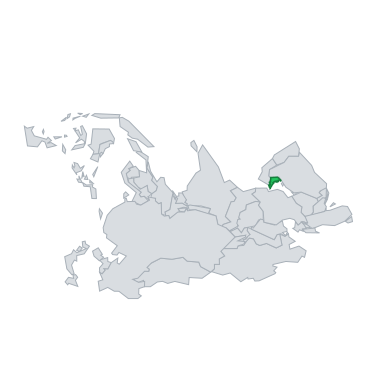 United Arab Emirates on a map of Asia (Robinson projection), rotated 169°
{"feature_id": "ARE", "entity_name": "United Arab Emirates", "entity_type": "country or territory", "adm_level": 0, "iso_a3": "ARE", "parent_name": "Asia", "parent_adm1": "", "projection": "robinson", "projection_center": [54.388, 24.345], "detail": "fine", "context": "in_parent", "style": "filled", "palette": "green", "viewbox_px": 384, "rotation_deg": 169, "n_neighbors": 45, "source": "natural_earth", "source_scale": "50m", "svg_char_len": 14617}
<svg xmlns="http://www.w3.org/2000/svg" viewBox="0 0 384 384"><g transform="rotate(169 192 192)"><path d="M188.0,110.1L184.6,112.4L183.8,116.7L178.9,115.7L178.0,121.1L172.2,123.0L175.0,128.2L173.8,130.8L158.6,127.9L157.1,130.3L151.4,129.7L145.5,135.9L140.6,134.3L138.8,128.8L135.7,126.6L128.7,127.3L120.0,121.0L113.8,122.7L113.9,133.9L109.2,130.8L105.3,132.5L105.4,129.4L100.1,123.9L106.7,121.9L106.8,117.2L97.3,118.5L91.2,112.5L94.0,106.4L96.3,108.1L101.6,102.8L113.1,105.9L126.3,105.4L126.8,104.0L122.9,102.0L126.8,99.0L125.1,97.0L126.1,96.0L143.1,92.0L147.3,92.6L148.3,95.6L153.6,95.9L153.6,97.5L161.2,94.6L170.0,105.2L177.7,104.6L188.0,110.1Z" fill="#d9dde1" stroke="#a8b0b8" stroke-width="1"/><path d="M113.9,133.9L113.8,122.7L120.0,121.0L128.7,127.3L135.7,126.6L138.8,128.8L140.6,134.3L144.5,135.9L150.9,131.0L149.7,133.3L156.4,135.3L153.4,137.4L150.5,137.2L150.5,135.0L147.2,135.7L145.4,139.3L143.3,139.2L145.3,143.5L144.0,146.6L120.4,129.5L116.7,133.9L113.9,133.9Z" fill="#d9dde1" stroke="#a8b0b8" stroke-width="1"/><path d="M344.7,268.6L344.0,288.6L341.7,286.1L334.9,286.4L337.9,283.1L336.1,277.2L324.7,271.5L322.9,273.2L320.2,269.3L324.9,267.4L320.9,267.4L316.4,263.5L325.8,263.0L326.8,269.1L329.6,270.9L335.1,265.8L344.7,268.6ZM300.6,287.9L299.0,291.7L296.4,292.0L297.9,289.1L300.6,287.9ZM325.9,281.8L325.7,279.5L326.9,277.3L327.4,279.7L325.9,281.8ZM282.0,247.9L280.5,250.7L285.1,257.8L281.9,258.2L277.3,272.9L261.3,269.6L257.9,259.3L259.8,254.5L262.2,258.2L271.1,256.9L273.3,256.2L276.5,247.4L282.0,247.9ZM309.1,271.0L316.1,270.1L317.1,272.5L309.1,271.0ZM306.3,272.2L304.5,271.7L304.0,270.4L306.7,270.2L306.3,272.2ZM309.3,253.9L311.4,257.1L309.8,263.4L307.9,257.5L309.3,253.9ZM290.2,256.6L302.0,256.3L297.9,259.9L288.4,259.9L288.0,262.2L290.4,264.9L296.9,262.5L291.9,266.5L296.2,277.0L293.7,276.8L295.0,274.3L291.7,274.7L290.4,268.7L288.6,269.6L288.8,277.6L287.0,278.0L284.4,269.2L287.4,260.1L290.2,256.6ZM289.2,291.2L284.4,289.9L286.9,289.3L289.2,291.2ZM287.0,287.7L292.7,286.6L295.2,285.5L294.7,287.2L287.0,287.7ZM281.6,285.5L284.9,287.3L278.4,288.3L281.6,285.5ZM249.8,278.7L267.5,281.9L275.7,286.3L272.5,287.5L247.9,281.6L249.8,278.7ZM243.0,262.8L250.1,270.0L249.2,278.6L246.2,278.6L240.5,273.6L220.7,243.8L226.7,244.5L235.3,254.2L240.4,256.3L244.1,260.3L243.0,262.8Z" fill="#d9dde1" stroke="#a8b0b8" stroke-width="1"/><path d="M300.9,289.4L303.3,286.5L307.1,286.4L300.9,289.4Z" fill="#d9dde1" stroke="#a8b0b8" stroke-width="1"/><path d="M62.2,158.5L59.8,162.8L59.3,170.1L57.9,164.8L60.4,159.1L62.2,158.5Z" fill="#d9dde1" stroke="#a8b0b8" stroke-width="1"/><path d="M64.4,155.6L60.4,159.0L64.1,154.4L64.4,155.6Z" fill="#d9dde1" stroke="#a8b0b8" stroke-width="1"/><path d="M61.4,161.2L59.6,164.4L60.5,160.8L61.4,161.2Z" fill="#d9dde1" stroke="#a8b0b8" stroke-width="1"/><path d="M61.4,161.2L69.9,158.2L70.8,161.9L65.0,163.9L67.4,167.0L62.2,171.0L59.3,170.1L61.4,161.2Z" fill="#d9dde1" stroke="#a8b0b8" stroke-width="1"/><path d="M100.6,184.6L100.4,182.4L101.8,180.5L102.7,183.2L100.6,184.6Z" fill="#d9dde1" stroke="#a8b0b8" stroke-width="1"/><path d="M91.6,168.3L94.4,173.0L89.6,171.3L91.6,168.3Z" fill="#d9dde1" stroke="#a8b0b8" stroke-width="1"/><path d="M70.8,161.9L69.9,158.2L75.7,155.0L76.7,149.0L80.7,145.9L85.7,146.5L88.8,151.1L87.0,156.4L91.8,161.0L94.9,168.8L84.8,171.1L70.8,161.9Z" fill="#d9dde1" stroke="#a8b0b8" stroke-width="1"/><path d="M112.2,190.9L115.3,184.1L124.4,192.1L119.2,198.5L118.8,202.5L106.6,209.5L103.6,202.3L111.6,199.2L113.4,193.1L112.2,190.9ZM115.5,179.9L114.4,180.6L115.2,179.6L115.5,179.9Z" fill="#d9dde1" stroke="#a8b0b8" stroke-width="1"/><path d="M239.8,223.2L240.6,216.9L248.8,218.0L249.9,215.9L253.1,219.1L253.0,222.7L248.6,225.1L249.8,227.0L242.5,228.0L239.8,223.2Z" fill="#d9dde1" stroke="#a8b0b8" stroke-width="1"/><path d="M246.6,216.8L240.6,216.9L239.8,223.2L232.9,219.5L231.1,232.3L239.2,241.5L236.6,243.1L228.2,235.0L231.7,224.1L227.6,214.2L229.3,211.0L224.8,204.0L226.9,200.1L231.7,197.9L235.0,200.9L234.8,206.9L240.3,204.4L244.6,207.1L247.3,212.8L246.6,216.8Z" fill="#d9dde1" stroke="#a8b0b8" stroke-width="1"/><path d="M252.4,217.0L246.6,216.8L247.3,212.8L242.4,204.6L234.8,206.9L235.0,200.9L231.7,197.9L236.0,195.6L235.3,192.1L239.8,196.9L243.1,196.9L244.3,199.6L242.0,201.5L251.9,211.8L252.4,217.0Z" fill="#d9dde1" stroke="#a8b0b8" stroke-width="1"/><path d="M231.7,197.9L226.9,200.1L224.8,204.0L229.3,211.0L227.6,214.2L231.7,224.1L229.2,230.1L228.7,220.3L224.5,208.7L219.9,212.4L216.7,211.4L216.7,204.7L210.7,194.7L217.0,179.0L222.2,177.5L222.3,173.9L226.1,176.2L224.3,187.3L227.0,186.8L229.6,190.2L229.0,192.7L234.1,193.5L231.7,197.9Z" fill="#d9dde1" stroke="#a8b0b8" stroke-width="1"/><path d="M244.7,228.4L249.8,227.0L248.6,225.1L253.0,222.7L252.7,214.0L242.0,201.5L244.3,199.6L243.1,196.9L239.8,196.9L236.7,191.7L244.8,188.9L252.5,194.5L246.8,202.1L256.2,213.7L257.7,224.8L247.2,234.2L244.7,228.4Z" fill="#d9dde1" stroke="#a8b0b8" stroke-width="1"/><path d="M298.0,130.6L297.3,135.2L293.0,138.6L295.8,142.9L287.3,143.7L287.9,139.8L284.7,138.1L286.1,136.2L289.3,132.4L293.0,133.4L292.1,131.8L295.8,128.8L298.0,130.6Z" fill="#d9dde1" stroke="#a8b0b8" stroke-width="1"/><path d="M291.2,144.8L296.0,142.1L300.4,147.7L300.9,152.9L294.7,155.1L291.9,147.9L293.7,147.4L291.2,144.8Z" fill="#d9dde1" stroke="#a8b0b8" stroke-width="1"/><path d="M188.9,109.8L198.5,105.4L211.1,108.6L213.0,101.7L225.9,107.5L233.3,106.9L237.9,109.9L243.2,110.3L250.9,107.0L256.7,108.1L256.5,114.5L261.7,113.5L266.8,116.6L253.7,123.3L249.6,122.4L248.8,124.4L250.6,126.5L247.8,129.2L235.3,133.0L224.4,129.8L213.3,129.6L209.9,125.0L198.7,121.9L197.8,117.1L188.9,109.8Z" fill="#d9dde1" stroke="#a8b0b8" stroke-width="1"/><path d="M222.3,173.9L222.2,177.5L217.0,179.0L211.6,193.0L209.9,188.1L208.8,190.1L207.3,188.5L210.2,183.9L203.7,183.0L199.8,179.4L199.1,181.5L201.1,183.1L199.0,185.4L200.7,186.2L201.6,194.0L196.5,194.6L195.5,198.8L184.5,209.8L179.5,211.8L178.7,228.8L172.6,236.2L161.3,211.5L158.5,195.1L152.8,196.5L146.5,187.9L154.0,185.9L149.7,177.9L152.5,174.7L155.5,174.9L163.9,161.6L159.6,155.3L167.5,154.2L169.8,151.7L172.8,155.3L173.0,163.9L179.5,168.0L177.1,172.2L185.8,176.6L198.5,179.5L199.9,174.4L200.4,177.4L202.9,178.6L208.8,178.2L207.7,175.4L218.8,170.2L219.4,173.4L222.3,173.9Z" fill="#d9dde1" stroke="#a8b0b8" stroke-width="1"/><path d="M209.9,188.1L211.0,197.2L208.1,190.7L205.7,190.6L205.2,193.6L201.9,192.9L199.0,185.4L201.1,183.1L199.1,181.5L199.8,179.4L203.7,183.0L210.2,183.9L207.3,188.5L208.8,190.1L209.9,188.1Z" fill="#d9dde1" stroke="#a8b0b8" stroke-width="1"/><path d="M207.7,175.4L208.8,178.2L200.4,177.4L203.2,173.8L207.7,175.4Z" fill="#d9dde1" stroke="#a8b0b8" stroke-width="1"/><path d="M198.3,175.0L198.5,179.5L196.3,179.6L177.1,172.2L180.5,167.2L192.2,174.0L198.3,175.0Z" fill="#d9dde1" stroke="#a8b0b8" stroke-width="1"/><path d="M169.8,151.7L167.5,154.2L159.6,155.3L163.9,161.6L155.5,174.9L152.5,174.7L149.7,177.9L154.0,185.9L146.5,187.9L141.6,182.6L128.8,183.6L129.7,180.1L133.5,178.5L126.9,169.1L131.3,170.6L141.1,168.9L142.5,164.5L148.6,162.7L154.3,148.6L162.6,146.7L165.5,150.4L169.8,151.7Z" fill="#d9dde1" stroke="#a8b0b8" stroke-width="1"/><path d="M136.2,146.7L147.5,146.6L151.3,142.5L154.3,147.9L157.7,145.5L162.6,146.7L152.9,149.9L154.0,152.7L152.3,156.3L149.9,156.2L151.0,158.2L148.6,162.7L142.5,164.5L141.1,168.9L131.3,170.6L126.9,169.1L129.2,166.3L125.8,159.4L127.4,151.2L131.9,151.9L136.2,146.7Z" fill="#d9dde1" stroke="#a8b0b8" stroke-width="1"/><path d="M144.0,146.6L145.3,143.5L143.3,139.2L150.5,135.0L151.5,137.1L147.8,139.3L158.3,139.6L162.1,145.8L154.3,147.9L151.3,142.5L147.5,146.6L144.0,146.6Z" fill="#d9dde1" stroke="#a8b0b8" stroke-width="1"/><path d="M150.9,131.0L157.1,130.3L158.6,127.9L173.8,130.8L158.3,139.6L147.8,139.3L147.9,137.6L156.4,135.3L149.7,133.3L150.9,131.0Z" fill="#d9dde1" stroke="#a8b0b8" stroke-width="1"/><path d="M105.3,132.5L109.2,130.8L112.7,134.1L116.7,133.9L120.4,129.5L140.7,144.1L140.7,146.0L138.7,145.0L130.0,152.4L127.4,151.2L127.1,148.6L117.4,143.9L108.8,146.5L108.7,141.1L105.8,137.8L106.3,135.2L110.9,135.0L108.4,131.4L106.1,134.4L105.3,132.5Z" fill="#d9dde1" stroke="#a8b0b8" stroke-width="1"/><path d="M94.9,168.8L91.8,161.0L87.0,156.4L88.8,151.1L84.4,144.1L84.3,139.6L89.3,141.7L94.2,139.2L96.9,145.3L101.0,147.5L108.6,147.2L115.6,143.6L127.1,148.6L125.8,159.4L129.2,166.3L126.9,169.1L133.5,178.5L129.7,180.1L128.8,183.6L117.9,181.6L116.8,177.8L107.7,178.3L102.5,175.1L98.9,168.1L94.9,168.8Z" fill="#d9dde1" stroke="#a8b0b8" stroke-width="1"/><path d="M61.9,160.2L64.4,155.6L62.9,151.9L65.3,147.6L79.5,146.4L76.7,149.0L75.7,155.0L64.7,161.4L61.9,160.2Z" fill="#d9dde1" stroke="#a8b0b8" stroke-width="1"/><path d="M90.2,141.6L83.2,137.1L83.2,134.6L88.0,135.4L90.2,141.6Z" fill="#d9dde1" stroke="#a8b0b8" stroke-width="1"/><path d="M85.7,146.5L65.3,147.6L63.6,150.7L63.8,148.1L60.1,147.7L47.2,149.7L42.1,148.1L39.3,139.5L47.6,134.2L58.4,131.8L70.1,135.0L80.9,133.1L86.0,138.8L84.3,139.6L85.7,146.5ZM40.1,132.3L44.8,131.8L47.0,133.9L40.0,137.4L40.1,132.3Z" fill="#d9dde1" stroke="#a8b0b8" stroke-width="1"/><path d="M184.1,237.5L183.7,240.7L180.3,242.3L178.4,235.4L179.5,230.5L184.1,237.5Z" fill="#d9dde1" stroke="#a8b0b8" stroke-width="1"/><path d="M257.1,204.8L254.6,201.2L260.2,199.0L259.3,203.3L257.1,204.8ZM158.3,139.6L175.0,128.2L172.2,123.0L178.0,121.1L178.9,115.7L183.8,116.7L184.6,112.4L188.9,109.8L197.8,117.1L198.7,121.9L209.9,125.0L213.3,129.6L224.4,129.8L235.3,133.0L245.2,130.2L250.6,126.5L248.8,124.4L249.6,122.4L253.7,123.3L261.6,117.7L266.9,117.6L261.7,113.5L255.5,113.3L256.7,108.1L262.6,107.3L263.8,102.0L261.6,99.7L265.5,97.7L274.8,99.5L282.7,108.5L287.2,109.4L292.9,114.4L301.6,112.3L301.1,122.3L296.3,122.8L298.0,130.6L295.8,128.8L292.1,131.8L293.0,133.4L289.3,132.4L284.7,138.1L277.4,141.3L279.0,136.6L277.2,135.0L268.7,141.7L275.3,146.6L277.6,144.4L281.8,145.7L282.6,147.3L275.6,153.5L284.7,163.3L283.7,166.5L286.3,169.0L286.0,174.0L279.7,185.3L272.9,190.7L259.8,194.9L259.2,198.2L257.7,198.4L257.4,194.9L249.8,193.7L248.7,190.6L244.8,188.9L235.3,192.1L236.0,195.6L229.0,192.7L229.6,190.2L227.0,186.8L224.3,187.3L226.1,176.2L223.8,173.6L219.4,173.4L218.8,170.2L209.8,175.0L203.2,173.8L200.3,176.8L199.9,174.4L192.2,174.0L173.0,163.9L172.8,155.3L165.5,150.4L158.3,139.6Z" fill="#d9dde1" stroke="#a8b0b8" stroke-width="1"/><path d="M286.9,183.0L286.9,190.7L286.1,193.2L283.9,188.3L286.9,183.0Z" fill="#d9dde1" stroke="#a8b0b8" stroke-width="1"/><path d="M90.3,132.2L93.7,134.4L95.6,132.4L100.0,137.1L98.0,137.4L96.1,143.0L94.2,139.2L90.2,141.6L88.1,138.2L86.6,134.1L90.4,134.7L90.3,132.2ZM89.3,141.7L87.6,141.3L86.0,138.8L88.3,139.5L89.3,141.7Z" fill="#d9dde1" stroke="#a8b0b8" stroke-width="1"/><path d="M74.6,127.5L88.0,130.3L90.8,134.3L78.2,133.2L78.2,129.9L74.6,127.5Z" fill="#d9dde1" stroke="#a8b0b8" stroke-width="1"/><path d="M290.1,223.1L287.3,219.3L290.6,220.5L290.1,223.1ZM295.3,232.9L294.9,227.2L296.0,229.1L297.8,226.1L295.3,232.9ZM301.7,230.7L305.1,238.5L304.3,241.4L303.2,238.2L302.0,239.8L302.2,243.5L298.9,241.7L297.1,236.6L292.6,238.5L296.7,233.9L302.0,233.0L301.7,230.7ZM286.1,228.2L279.6,234.9L285.5,225.7L286.1,228.2ZM291.5,204.7L290.9,216.6L297.0,218.3L297.6,222.1L294.3,219.0L288.0,218.1L288.9,216.0L285.8,213.3L287.1,203.8L291.5,204.7ZM292.4,228.6L291.8,224.1L295.2,225.1L292.4,228.6ZM301.5,223.3L302.5,226.7L300.3,225.9L300.0,229.5L298.1,222.1L301.5,223.3Z" fill="#d9dde1" stroke="#a8b0b8" stroke-width="1"/><path d="M233.6,240.8L241.5,243.7L245.1,256.6L237.4,252.1L233.6,240.8ZM282.0,247.9L276.5,247.4L273.3,256.2L262.2,258.2L260.3,256.5L259.8,254.5L263.9,254.9L264.4,252.3L268.8,251.1L272.0,246.7L275.1,247.4L278.6,239.4L285.4,244.0L282.0,247.9Z" fill="#d9dde1" stroke="#a8b0b8" stroke-width="1"/><path d="M275.3,243.9L275.1,247.4L273.2,248.3L272.0,246.7L275.3,243.9Z" fill="#d9dde1" stroke="#a8b0b8" stroke-width="1"/><path d="M329.5,140.4L329.3,152.8L322.0,154.4L319.3,157.9L316.6,154.4L306.6,156.6L309.7,158.9L309.2,164.1L306.3,164.2L306.3,161.4L303.0,158.4L309.6,151.9L317.3,151.6L318.3,146.1L320.4,147.6L324.2,143.3L323.3,134.3L325.7,133.7L329.5,140.4ZM330.5,125.9L331.7,124.6L333.7,128.0L329.5,131.8L324.7,129.8L324.7,133.1L322.0,133.1L320.5,130.1L323.3,127.6L322.1,121.1L330.5,125.9ZM310.5,157.9L313.7,155.1L316.4,156.8L312.7,160.2L310.5,157.9Z" fill="#d9dde1" stroke="#a8b0b8" stroke-width="1"/><path d="M103.6,202.3L106.6,209.5L104.1,212.7L80.7,221.8L78.4,213.9L80.6,206.7L90.2,208.6L95.9,203.5L103.6,202.3Z" fill="#d9dde1" stroke="#a8b0b8" stroke-width="1"/><path d="M59.3,170.5L66.1,168.5L67.4,167.0L65.0,163.9L70.8,161.9L84.8,171.1L91.9,171.6L98.9,178.7L103.7,190.0L112.2,190.9L113.4,193.1L111.6,199.2L95.9,203.5L90.2,208.6L80.6,206.7L78.9,210.4L69.5,195.3L68.0,187.9L58.3,174.5L59.3,170.5Z" fill="#d9dde1" stroke="#a8b0b8" stroke-width="1"/><path d="M59.5,151.1L55.2,154.5L53.5,152.9L59.5,151.1Z" fill="#d9dde1" stroke="#a8b0b8" stroke-width="1"/><path d="M115.0,181.9L115.2,182.1L115.2,183.8L115.3,183.9L115.2,184.0L115.0,184.3L114.8,184.4L114.7,184.5L114.4,184.7L114.2,184.3L114.3,184.3L114.3,184.2L114.2,184.0L113.9,184.0L113.7,184.3L113.7,184.5L113.7,184.8L113.7,185.0L113.7,185.4L113.7,185.6L113.7,185.8L113.8,185.9L113.6,186.2L113.7,186.3L114.1,186.3L114.2,186.5L114.2,186.8L113.7,186.9L113.1,187.0L112.9,187.1L113.0,187.3L113.0,187.5L113.0,187.8L112.9,188.1L112.7,188.4L112.6,188.8L112.3,189.4L112.2,189.9L112.1,190.3L112.1,190.5L112.1,190.9L111.9,191.2L111.7,191.1L111.4,191.1L111.1,191.1L110.7,191.0L110.2,190.9L109.7,190.9L109.1,190.8L108.5,190.7L107.9,190.6L107.4,190.5L106.8,190.5L106.4,190.4L106.0,190.3L105.6,190.3L105.4,190.3L105.2,190.2L104.9,189.9L104.7,189.7L104.5,189.3L104.3,189.1L104.2,188.8L104.0,188.6L103.9,188.4L103.7,188.2L103.4,187.8L103.3,187.6L103.1,187.4L103.0,187.2L102.9,187.0L102.7,186.8L102.6,186.7L102.6,186.2L102.7,185.9L102.7,186.0L102.8,186.2L103.0,186.1L103.1,186.7L103.3,186.9L103.4,187.0L104.0,187.0L104.4,187.0L105.0,186.6L105.4,186.5L106.4,186.5L107.2,186.6L108.5,186.7L109.4,186.4L109.8,186.2L110.0,186.1L110.2,185.8L110.3,185.5L110.4,185.3L110.5,185.2L110.7,184.8L111.0,184.5L111.9,183.7L112.4,183.2L112.5,183.0L112.8,182.7L113.0,182.3L114.1,181.4L114.3,181.1L114.4,180.6L114.5,180.6L114.7,181.0L114.7,181.3L114.7,181.6L114.6,181.8L114.9,182.0L115.0,182.0L115.0,181.9ZM115.0,183.2L114.9,182.9L114.8,183.1L115.0,183.2ZM108.8,186.4L108.8,186.5L108.5,186.5L108.2,186.5L108.0,186.4L108.5,186.2L108.7,186.3L108.8,186.4ZM107.2,186.2L106.8,186.1L107.2,185.9L107.3,185.8L107.4,185.7L107.5,185.8L107.4,186.0L107.2,186.2ZM110.2,185.6L109.9,185.6L110.0,185.4L110.1,185.5L110.2,185.6ZM105.3,186.1L105.2,185.9L105.4,185.8L105.3,186.1Z" fill="#22c55e" stroke="#15803d" stroke-width="1.5"/></g></svg>